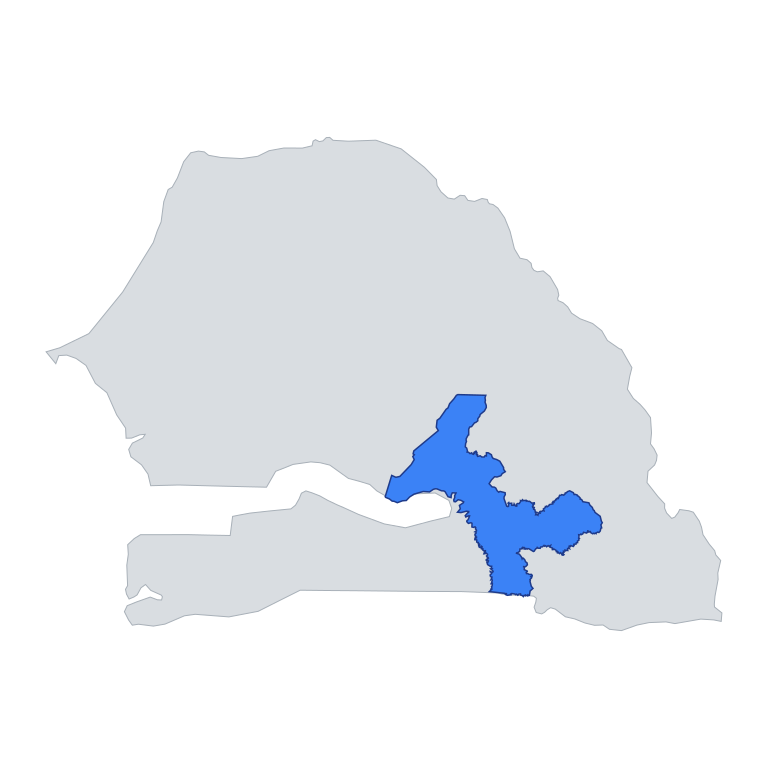 location of Tambacounda, Tambacounda, Senegal
{"feature_id": "50182788B74600736318601", "entity_name": "Tambacounda", "entity_type": "district", "adm_level": 2, "iso_a3": "SEN", "parent_name": "Senegal", "parent_adm1": "Tambacounda", "projection": "orthographic", "projection_center": [-13.284, 13.521], "detail": "fine", "context": "in_parent", "style": "filled", "palette": "blue", "viewbox_px": 768, "rotation_deg": 0, "n_neighbors": 0, "source": "geoboundaries", "source_scale": "gbopen_adm2", "svg_char_len": 9101}
<svg xmlns="http://www.w3.org/2000/svg" viewBox="0 0 768 768"><path d="M621.5,349.5L631.9,367.7L629.7,376.4L627.4,389.2L633.3,398.4L640.1,404.4L645.1,410.0L650.5,417.6L651.5,432.9L650.5,443.9L654.1,448.9L657.1,455.1L656.5,460.4L654.6,465.0L648.0,471.2L647.0,482.6L657.8,496.4L664.7,503.9L664.6,508.2L666.6,513.0L671.7,518.4L674.8,517.1L678.2,512.6L679.7,509.5L689.0,510.8L693.3,512.2L699.3,521.2L701.5,527.2L703.0,534.7L709.2,544.1L714.7,550.7L715.8,554.9L720.7,560.5L717.8,573.0L718.1,579.4L715.0,596.1L714.3,604.1L714.5,607.0L721.9,612.9L721.2,621.4L713.7,619.9L700.8,619.1L674.9,623.6L666.0,621.9L649.0,622.6L636.9,625.1L621.5,630.6L609.5,629.3L603.1,625.0L594.5,625.3L585.0,623.0L574.7,618.9L565.4,616.8L555.3,609.1L550.6,607.7L547.3,609.7L544.6,612.3L541.7,613.9L536.2,612.5L534.1,607.2L535.8,602.2L536.4,598.3L533.8,596.2L527.7,595.5L517.7,595.5L501.8,594.0L498.1,593.0L462.3,591.6L425.2,591.4L393.8,591.1L354.1,590.7L326.2,590.5L300.2,590.2L280.0,600.3L258.2,611.3L228.9,616.9L195.2,614.3L184.4,615.8L173.2,620.6L165.0,624.1L153.4,626.1L138.4,624.2L132.3,625.2L128.6,620.0L124.4,611.7L127.2,605.7L136.4,602.0L150.2,597.1L157.4,599.8L161.6,600.0L162.4,596.7L161.1,595.0L150.8,590.4L145.5,584.5L141.0,587.8L137.1,594.9L133.9,597.0L129.1,599.0L126.5,594.1L125.5,589.3L127.6,585.7L126.8,565.2L128.3,554.3L127.7,544.7L134.3,538.5L140.5,534.7L164.5,534.7L186.8,534.6L208.3,535.1L230.2,535.5L232.6,516.4L239.6,515.0L250.0,513.1L269.3,511.0L290.9,508.9L295.5,505.2L299.1,498.9L301.4,493.2L305.9,490.9L311.9,492.8L319.8,495.9L328.0,500.5L337.3,504.9L343.6,507.6L358.5,514.4L384.2,523.9L405.4,527.8L431.0,521.0L449.4,516.6L451.7,508.4L448.9,500.4L435.2,493.0L416.5,493.8L410.7,495.7L402.0,498.1L396.8,499.1L388.0,497.3L376.8,490.9L369.8,484.5L360.0,481.5L348.4,478.4L329.8,465.1L320.1,462.7L310.8,461.9L293.1,464.4L275.7,471.3L266.5,487.2L249.1,486.8L212.3,485.9L178.6,485.0L150.7,485.7L148.0,474.1L141.5,464.8L130.9,456.8L128.7,449.4L132.4,443.1L142.8,438.0L145.2,434.3L139.8,434.8L131.6,438.1L126.1,438.2L125.6,428.1L116.7,414.9L106.9,392.7L95.4,383.4L86.0,365.4L76.0,358.4L66.8,355.1L58.8,355.6L55.8,363.7L46.1,351.8L59.7,347.8L88.9,333.6L122.7,292.0L153.3,242.5L157.3,230.8L161.1,221.9L163.8,201.6L168.2,189.5L172.2,187.2L177.4,178.0L183.7,161.7L190.7,152.8L198.4,151.1L204.3,151.9L208.6,155.3L221.0,157.5L241.7,158.6L257.7,156.3L269.1,150.7L284.0,148.0L302.4,148.1L312.1,145.8L313.1,141.1L315.5,139.7L319.3,141.6L322.9,140.9L326.3,137.6L329.7,137.4L333.0,140.3L348.4,141.2L375.9,140.2L401.2,148.9L424.4,167.3L436.4,179.5L437.1,185.6L441.0,191.8L447.9,198.0L454.3,199.1L460.1,195.3L464.7,195.7L467.9,200.4L474.6,201.4L482.0,198.5L487.3,199.5L488.2,202.3L489.5,203.8L493.0,204.5L497.9,208.1L504.6,217.8L510.1,231.4L514.4,248.8L520.0,258.2L527.0,259.7L531.1,263.3L531.9,267.5L533.9,270.3L537.3,271.8L543.2,270.9L550.1,276.7L557.6,289.5L558.8,295.2L557.6,298.3L558.1,300.6L563.0,302.7L567.7,306.9L571.6,313.2L579.9,318.7L592.6,323.5L601.8,330.8L607.4,340.5L619.1,348.6L621.5,349.5Z" fill="#d9dde1" stroke="#a8b0b8" stroke-width="1"/><path d="M485.8,395.3L457.8,394.6L456.4,395.3L453.9,398.9L449.6,403.7L448.0,407.9L446.1,409.3L439.9,418.2L437.1,420.3L436.3,427.2L438.3,430.6L413.8,450.9L413.1,453.9L414.3,454.7L412.8,456.5L414.2,459.6L411.2,464.6L399.9,476.4L395.9,477.3L391.7,475.4L385.2,496.7L385.7,497.4L389.5,499.0L392.1,501.1L394.1,501.3L397.3,502.7L402.5,500.8L406.3,500.5L409.6,497.0L414.1,494.1L423.2,491.5L429.6,491.9L433.2,489.4L435.2,488.8L437.0,488.9L441.5,490.8L443.7,490.9L445.1,491.7L448.0,496.7L451.1,497.6L451.2,495.3L452.3,492.8L456.0,493.0L454.6,495.8L454.8,497.3L453.7,499.9L454.1,501.6L455.5,501.8L458.2,499.7L460.8,500.3L463.7,501.9L463.3,502.8L459.4,505.4L460.3,508.8L457.5,512.2L460.9,512.6L466.4,511.2L468.7,511.5L468.5,512.5L467.6,512.9L465.2,515.7L465.8,517.0L468.7,515.8L469.6,515.9L468.1,519.7L466.9,520.7L466.8,521.7L468.4,523.4L470.9,522.7L472.0,523.3L471.9,527.0L473.6,527.4L475.0,526.8L475.8,527.8L475.4,528.9L476.3,529.8L476.5,530.8L475.0,531.8L476.0,532.1L476.1,533.1L475.0,534.1L474.9,535.1L475.6,535.5L475.6,536.6L476.4,537.0L476.1,537.5L475.4,536.9L475.2,537.9L475.9,538.1L474.9,538.7L474.8,539.7L477.3,539.9L476.8,540.1L476.7,542.0L477.8,542.8L478.3,542.6L478.6,545.1L479.5,544.3L479.8,545.0L479.0,545.9L479.2,547.1L480.2,547.6L481.4,546.2L482.1,546.8L481.4,547.8L481.5,548.8L482.4,548.5L483.0,548.9L482.7,549.9L483.9,550.9L485.4,550.7L485.4,551.5L484.6,551.9L483.9,553.8L485.1,553.7L485.9,552.9L487.5,554.2L487.6,554.9L486.5,556.0L487.3,557.0L487.3,558.0L488.2,557.6L488.4,558.2L486.1,560.0L486.6,560.8L487.6,560.9L487.8,560.2L488.5,560.9L487.7,562.7L487.0,562.6L487.6,564.6L490.1,566.2L491.7,566.3L491.3,568.0L491.9,568.4L490.6,568.8L492.6,570.5L493.1,571.7L492.2,572.5L490.2,571.4L490.2,571.8L491.4,572.4L491.5,573.7L490.1,575.0L490.5,576.6L492.0,577.1L491.0,579.6L491.9,579.1L492.3,580.6L491.8,581.8L492.2,583.1L491.5,582.9L491.1,583.7L492.3,583.7L492.2,585.9L491.5,586.6L491.9,588.0L491.0,589.0L491.7,589.3L489.3,591.6L504.5,593.3L505.3,594.2L505.9,593.5L506.4,593.6L506.1,594.8L507.3,595.3L511.1,594.8L510.7,594.0L511.7,593.5L514.8,594.0L515.5,594.6L516.6,594.1L517.8,595.2L518.8,594.1L520.5,593.9L520.6,595.0L522.5,595.7L523.3,596.6L524.1,595.4L525.4,595.8L525.5,595.0L527.6,595.9L527.9,594.9L528.7,595.5L529.4,595.3L530.1,591.0L533.0,588.4L531.3,586.3L530.0,581.3L530.3,580.6L529.9,579.7L531.7,577.7L530.8,576.5L532.2,576.1L532.2,575.4L531.5,574.4L529.1,574.4L527.8,573.6L526.5,573.6L526.2,572.3L527.3,571.5L527.2,571.0L524.2,569.6L524.4,567.3L523.1,566.4L524.8,566.9L525.9,566.4L527.4,564.8L527.0,562.8L525.5,561.7L524.8,559.8L523.3,558.2L522.5,558.0L522.1,558.8L521.6,557.2L519.4,554.2L516.5,553.3L516.6,552.9L517.1,553.0L519.7,551.4L519.9,549.0L521.2,549.0L522.1,547.9L522.2,548.6L522.8,548.7L523.2,547.6L524.0,547.4L524.8,548.2L524.5,549.0L525.7,549.1L526.1,548.5L527.2,549.1L527.8,548.6L529.0,548.8L533.4,551.5L534.3,551.1L535.6,548.9L536.7,548.4L537.2,547.4L538.1,548.2L540.2,548.3L540.7,547.0L542.5,546.8L544.0,545.4L544.6,546.2L545.6,545.7L546.6,546.8L548.1,545.6L549.0,546.3L550.6,545.4L550.0,547.2L552.4,548.0L552.3,549.6L553.0,549.7L553.8,549.0L556.1,550.4L556.3,551.7L556.9,551.9L557.5,551.4L558.1,552.1L557.7,552.9L559.0,553.0L559.5,553.6L560.7,552.6L562.2,555.1L563.5,555.1L564.0,554.6L562.8,553.4L562.9,552.6L563.6,552.1L564.3,552.8L563.5,551.2L565.4,550.9L565.1,550.1L567.8,550.5L567.6,548.5L568.6,548.2L569.5,548.6L568.9,547.3L569.3,546.0L570.4,546.6L570.8,545.6L573.3,546.5L574.1,545.5L573.7,545.1L573.9,544.2L576.0,544.1L576.3,542.8L577.6,542.6L577.4,541.1L578.9,540.2L578.8,539.1L579.4,538.5L578.6,538.0L579.0,537.0L578.7,534.7L579.9,534.9L580.9,534.0L581.5,534.6L582.8,533.9L583.5,532.3L586.4,533.0L586.3,532.6L587.5,532.3L587.7,530.9L588.6,531.1L589.0,532.1L590.4,531.6L590.8,532.7L592.7,533.8L593.8,533.2L594.4,533.7L595.3,533.2L596.1,533.6L596.2,532.8L597.8,532.1L598.9,532.5L600.2,531.1L600.9,528.2L601.7,527.9L600.9,524.9L602.3,522.7L601.4,521.2L600.2,516.3L595.0,512.4L594.2,510.5L593.2,509.8L592.3,507.4L589.9,505.1L588.9,502.8L582.8,501.7L582.1,500.1L580.9,499.1L580.2,499.2L580.1,497.9L578.3,496.1L577.4,495.8L577.2,495.0L575.1,494.3L574.2,494.6L573.4,492.7L569.7,490.8L567.3,491.7L566.5,492.8L565.3,492.9L565.0,494.1L564.3,494.3L563.8,495.2L561.7,494.6L560.8,495.4L559.6,495.3L558.3,498.6L557.8,498.7L557.5,498.1L556.3,499.0L556.2,499.7L555.6,499.6L555.2,500.6L554.0,501.2L554.0,502.0L553.1,501.5L552.4,502.6L553.0,502.8L552.9,503.9L549.3,504.6L549.1,505.4L547.4,506.7L546.7,506.1L545.9,506.9L545.4,506.6L545.1,507.7L543.4,508.9L544.0,510.8L543.0,510.5L541.2,511.6L540.3,511.3L539.7,511.8L540.1,513.1L539.1,513.0L538.5,513.9L538.1,513.5L537.9,515.2L537.3,514.7L535.6,514.8L536.1,513.4L535.6,512.7L536.6,512.3L535.3,511.9L534.9,509.8L533.7,509.3L534.3,507.5L533.7,507.2L533.2,507.9L532.7,507.3L532.5,506.4L533.3,505.2L533.0,504.6L534.4,504.0L534.3,502.8L531.8,503.1L529.6,501.3L528.2,501.4L526.8,500.7L526.3,501.1L526.1,500.3L523.5,500.6L522.5,499.8L522.3,500.7L520.5,500.5L520.7,501.3L519.2,503.6L517.6,503.5L516.4,504.3L516.9,505.9L516.1,506.2L515.0,505.6L514.1,503.9L513.7,505.3L511.8,505.3L511.7,503.2L509.1,503.5L508.8,502.5L508.0,503.2L508.6,504.2L508.5,506.2L507.9,506.6L506.7,506.2L504.0,498.6L504.1,496.8L505.3,494.6L505.1,492.7L500.0,491.4L498.7,492.2L497.1,490.7L495.8,488.1L494.5,487.2L492.0,486.9L489.1,483.7L491.5,479.9L494.6,476.7L497.0,477.0L500.9,475.7L502.2,473.6L505.3,471.7L503.6,469.3L503.6,467.6L499.8,461.2L496.6,459.5L493.2,458.5L492.0,456.8L491.4,454.7L488.3,452.8L486.4,452.7L486.4,455.9L485.1,455.6L484.2,457.0L481.8,457.0L480.2,455.8L477.6,456.4L477.2,455.5L477.5,454.7L476.6,454.5L477.0,452.8L476.1,452.3L476.4,451.4L476.0,451.1L474.3,452.2L474.7,453.4L473.7,453.2L473.5,454.3L472.2,453.9L471.7,452.8L470.0,453.6L468.5,452.2L467.1,452.1L467.4,450.8L466.7,448.1L465.3,446.9L465.6,443.6L466.5,441.3L466.1,440.4L466.2,438.7L468.1,435.1L468.7,434.9L468.7,429.1L469.7,427.0L471.6,426.6L474.5,422.8L475.7,422.5L477.8,420.8L477.8,418.7L479.8,416.1L480.1,414.5L484.4,411.0L486.3,407.5L486.2,405.3L485.0,402.1L485.4,400.3L485.0,397.6L485.8,395.3Z" fill="#3b82f6" stroke="#1e3a8a" stroke-width="1.5"/></svg>